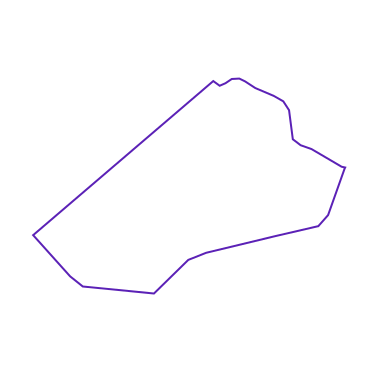 outline of Ali Sabieh, rotated 197°
{"feature_id": "DJI-1566", "entity_name": "Ali Sabieh", "entity_type": "Region", "adm_level": 1, "iso_a3": "DJI", "parent_name": "Djibouti", "parent_adm1": "", "projection": "mercator", "projection_center": [42.821, 11.228], "detail": "fine", "context": "isolated", "style": "outline", "palette": "violet", "viewbox_px": 384, "rotation_deg": 197, "n_neighbors": 0, "source": "natural_earth", "source_scale": "10m", "svg_char_len": 468}
<svg xmlns="http://www.w3.org/2000/svg" viewBox="0 0 384 384"><g transform="rotate(197 192 192)"><path d="M331.3,104.3L204.1,304.3L196.6,301.7L191.8,305.8L187.0,311.7L179.9,314.3L173.6,313.3L161.8,309.9L141.9,307.8L131.2,305.4L123.1,298.6L111.0,271.9L101.8,268.5L90.3,268.0L56.3,259.9L52.7,260.2L52.9,258.9L55.1,209.7L61.2,196.3L99.9,173.9L160.7,138.0L175.7,126.0L198.7,83.8L268.8,69.7L283.9,75.7L331.3,104.3Z" fill="none" stroke="#5b21b6" stroke-width="2"/></g></svg>